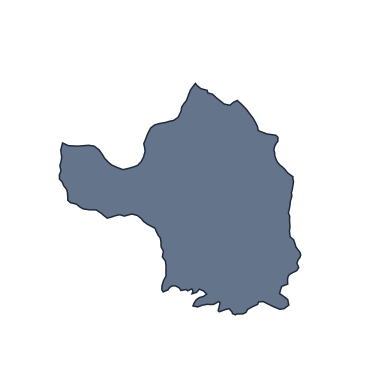 Kalo Chorio Larnakas, Larnaca, Cyprus, rotated 27°
{"feature_id": "46923920B16676393580799", "entity_name": "Kalo Chorio Larnakas", "entity_type": "district", "adm_level": 2, "iso_a3": "CYP", "parent_name": "Cyprus", "parent_adm1": "Larnaca", "projection": "albers", "projection_center": [33.532, 34.924], "detail": "fine", "context": "isolated", "style": "filled", "palette": "slate", "viewbox_px": 384, "rotation_deg": 27, "n_neighbors": 0, "source": "geoboundaries", "source_scale": "gbopen_adm2", "svg_char_len": 2657}
<svg xmlns="http://www.w3.org/2000/svg" viewBox="0 0 384 384"><g transform="rotate(27 192 192)"><path d="M145.7,93.7L144.3,101.8L144.8,106.7L145.5,113.0L144.7,117.0L144.3,121.0L145.6,125.2L145.7,131.9L143.0,136.8L140.4,138.7L136.8,142.1L131.9,145.8L128.1,149.4L126.1,153.9L126.1,160.7L126.7,166.2L127.1,170.9L129.2,173.4L131.7,176.9L133.0,183.1L132.9,188.2L131.4,193.1L128.2,196.5L124.9,199.6L120.4,203.4L114.4,204.1L108.6,204.4L105.4,203.9L99.0,201.8L95.0,199.2L90.2,196.7L84.0,195.5L78.7,197.3L74.1,200.1L69.4,203.0L63.7,205.6L62.5,206.1L61.0,206.8L54.4,207.1L56.1,214.4L60.2,220.3L61.4,224.0L62.3,228.4L65.7,232.7L66.1,237.1L68.1,240.7L71.6,241.9L73.4,243.4L75.0,244.7L79.2,246.7L81.4,249.2L84.5,254.6L85.1,255.8L88.6,256.7L91.9,255.9L94.7,255.3L98.6,256.2L102.6,256.5L108.5,254.5L114.7,251.5L120.6,252.1L124.3,253.0L128.2,253.8L131.2,251.3L134.4,248.0L137.7,245.2L139.1,244.8L142.6,244.2L146.0,241.1L148.5,238.9L154.0,237.7L158.8,238.7L162.0,240.2L166.9,241.0L175.6,241.1L177.9,243.2L181.5,245.9L184.6,247.3L187.1,250.7L189.3,254.8L193.4,257.7L195.1,263.4L199.6,265.5L202.5,269.8L205.0,274.9L207.0,278.7L206.9,284.2L207.5,287.2L207.9,289.4L209.5,292.8L211.7,294.1L214.9,290.3L215.4,287.4L216.7,284.9L219.8,283.1L224.4,283.3L226.8,284.8L231.0,281.6L233.0,282.0L235.8,278.4L237.9,279.8L238.2,282.7L241.6,279.4L242.7,275.2L247.1,274.9L251.4,276.3L249.7,279.8L246.4,282.8L244.7,286.2L244.3,290.3L244.6,293.1L249.3,291.8L252.7,288.1L256.6,285.1L259.7,283.8L262.3,282.3L265.5,277.6L267.2,277.7L268.4,282.2L269.2,285.9L269.5,286.0L270.8,286.3L275.4,281.3L278.1,279.1L282.1,280.7L283.3,282.0L286.5,281.7L287.2,280.4L292.7,277.5L294.8,274.7L294.8,271.5L298.2,266.4L301.5,262.4L301.2,259.7L305.3,257.3L308.6,257.3L316.9,257.2L323.6,256.6L327.1,254.0L329.6,248.8L326.1,244.4L321.3,243.4L316.1,242.7L315.3,239.0L314.8,235.3L319.1,230.7L316.6,226.1L315.9,223.0L317.0,219.9L321.1,214.4L321.4,210.9L317.8,207.8L317.3,204.1L317.9,201.4L317.4,198.6L315.4,196.7L312.5,195.3L309.4,193.7L306.8,190.9L304.2,188.4L299.9,187.5L296.6,182.7L295.1,178.5L292.0,173.4L290.0,169.2L287.3,166.8L286.3,162.6L285.6,160.2L283.9,155.8L282.8,150.2L280.7,147.2L280.4,144.8L279.4,141.8L277.8,136.8L275.8,134.3L274.9,132.5L272.6,132.3L268.4,131.5L264.5,129.7L261.1,128.7L257.6,127.9L254.5,126.6L251.5,124.3L249.2,122.0L247.8,119.5L245.8,117.4L244.9,113.7L244.9,110.4L245.5,108.0L243.8,104.3L240.9,103.4L232.3,106.3L224.9,107.1L222.9,107.0L220.8,104.2L217.4,101.5L212.9,98.5L207.4,95.9L202.9,93.6L196.0,91.3L190.7,89.9L188.2,93.3L186.4,97.5L180.7,99.0L171.0,97.0L165.8,95.6L161.0,96.5L159.4,94.5L153.0,95.9L148.3,94.9L145.7,93.7Z" fill="#64748b" stroke="#1e293b" stroke-width="1.5"/></g></svg>